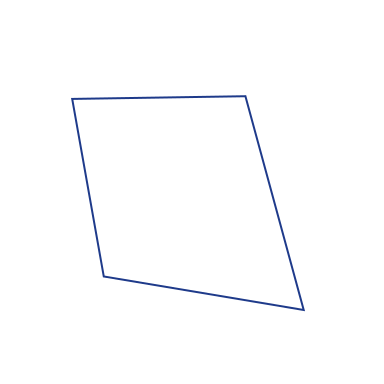 Vlahita, Harghita, Romania, rotated 18°
{"feature_id": "2599482B60669636608871", "entity_name": "Vlahita", "entity_type": "district", "adm_level": 2, "iso_a3": "ROU", "parent_name": "Romania", "parent_adm1": "Harghita", "projection": "robinson", "projection_center": [25.466, 46.352], "detail": "fine", "context": "isolated", "style": "outline", "palette": "blue", "viewbox_px": 384, "rotation_deg": 18, "n_neighbors": 0, "source": "geoboundaries", "source_scale": "gbopen_adm2", "svg_char_len": 223}
<svg xmlns="http://www.w3.org/2000/svg" viewBox="0 0 384 384"><g transform="rotate(18 192 192)"><path d="M334.7,269.7L213.2,84.4L49.3,140.5L134.2,299.6L334.7,269.7Z" fill="none" stroke="#1e3a8a" stroke-width="2"/></g></svg>